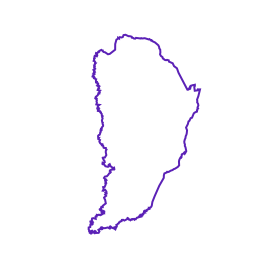 Lue Amnat, Amnat Charoen, Thailand (Albers equal-area conic projection), rotated 63°
{"feature_id": "78962969B36104557802135", "entity_name": "Lue Amnat", "entity_type": "district", "adm_level": 2, "iso_a3": "THA", "parent_name": "Thailand", "parent_adm1": "Amnat Charoen", "projection": "albers", "projection_center": [104.71, 15.697], "detail": "fine", "context": "isolated", "style": "outline", "palette": "violet", "viewbox_px": 256, "rotation_deg": 63, "n_neighbors": 0, "source": "geoboundaries", "source_scale": "gbopen_adm2", "svg_char_len": 5886}
<svg xmlns="http://www.w3.org/2000/svg" viewBox="0 0 256 256"><g transform="rotate(63 128 128)"><path d="M66.0,136.2L66.8,135.3L67.1,135.7L68.0,135.8L68.2,134.9L69.3,135.0L70.1,134.3L70.4,134.7L72.6,135.7L72.9,134.9L73.5,135.4L74.5,134.5L75.1,134.5L75.4,135.3L76.1,135.5L76.3,136.2L76.9,135.8L77.0,136.4L77.3,135.5L77.1,134.8L77.8,134.5L78.3,135.7L79.4,135.7L79.5,136.5L80.6,136.9L80.1,137.5L80.4,137.8L82.0,135.9L82.5,137.0L83.5,137.1L83.5,138.2L84.3,138.1L84.2,139.3L85.1,140.1L85.6,142.6L86.7,143.7L87.2,143.5L87.2,142.7L87.6,142.5L88.1,143.1L89.1,143.1L89.8,143.9L91.3,144.2L92.6,145.5L94.4,143.0L94.7,144.9L96.1,145.7L96.4,145.1L97.0,145.0L96.6,146.5L97.1,146.6L98.3,145.9L98.5,146.7L99.1,147.1L100.4,145.3L101.0,145.6L101.6,145.5L101.9,145.0L102.7,145.3L103.5,145.0L104.9,145.6L105.9,145.2L106.3,146.1L107.8,146.2L109.4,147.8L111.1,148.3L111.8,148.0L112.7,148.8L114.0,148.8L114.9,149.3L115.6,151.0L116.7,151.7L116.5,152.2L117.4,152.4L117.0,153.0L117.5,153.5L118.3,153.4L118.5,154.0L119.3,154.3L119.5,154.9L120.4,155.4L121.2,156.5L121.0,157.3L121.5,158.3L123.4,159.1L123.7,158.4L124.4,159.4L126.0,158.4L127.1,159.7L128.8,159.7L130.2,159.2L130.9,158.1L131.3,158.2L131.8,159.0L132.7,158.2L134.4,158.7L134.9,158.4L135.7,156.9L136.2,157.2L137.5,156.9L138.0,157.9L139.4,158.8L142.3,159.6L143.8,162.1L143.0,163.7L143.1,164.1L145.6,164.2L146.4,163.9L147.9,164.2L148.1,165.5L147.3,166.3L148.4,167.1L149.1,166.7L149.3,165.8L151.8,165.5L153.5,163.5L153.5,162.8L152.0,161.9L151.9,160.7L154.2,160.9L155.6,160.1L156.8,160.0L157.0,158.4L158.6,158.9L158.7,159.4L157.5,160.3L157.9,161.1L157.6,161.8L157.6,163.4L158.1,163.8L158.8,163.4L159.5,163.4L159.9,164.3L159.9,165.5L160.6,166.5L161.4,168.7L160.8,170.7L161.6,172.1L163.2,171.6L163.5,171.1L164.5,170.9L164.3,172.2L164.8,172.4L165.5,172.0L167.1,172.4L166.9,173.3L168.2,173.5L169.9,175.6L169.4,177.0L171.4,177.4L172.4,178.9L172.8,178.3L172.3,177.1L172.6,176.4L174.8,176.1L176.4,176.7L175.8,177.5L176.7,177.5L176.9,178.6L178.5,178.3L179.1,180.9L180.3,181.1L181.3,180.9L185.1,182.0L185.8,185.8L187.0,186.4L186.2,187.6L186.6,188.1L188.1,188.6L187.5,189.6L187.6,190.1L188.5,190.1L189.5,189.2L190.4,188.9L190.8,189.8L191.5,189.8L191.6,189.1L190.6,187.7L191.5,187.0L192.1,187.2L192.3,188.0L193.2,188.1L192.7,189.4L193.2,189.9L193.0,190.5L193.2,191.3L192.7,191.9L193.0,192.4L192.0,193.4L192.0,194.2L191.2,195.2L192.5,196.0L192.0,196.7L192.1,197.1L194.3,198.0L192.6,199.8L192.3,201.1L193.8,202.2L195.3,202.1L194.2,203.9L194.4,204.1L195.7,204.1L196.7,202.7L197.5,203.0L197.8,203.7L197.0,205.4L199.1,206.6L198.8,208.2L200.5,209.1L201.6,209.0L202.2,209.5L203.2,209.2L203.9,209.7L205.3,208.9L205.3,208.1L204.8,207.3L203.1,207.7L203.2,206.6L205.6,206.1L206.5,205.5L206.2,205.1L205.6,205.5L205.1,205.3L204.8,205.0L204.7,204.2L205.6,203.7L207.0,204.1L208.1,201.8L207.2,200.4L205.3,200.6L205.2,198.9L206.3,197.5L206.4,196.8L205.7,196.4L204.5,197.3L204.3,196.9L204.8,196.1L205.8,195.7L206.8,194.0L207.4,191.3L209.4,189.8L209.1,188.8L208.3,189.5L207.6,189.0L207.6,188.4L209.8,187.4L211.4,185.9L212.6,185.3L211.7,184.3L210.6,185.4L210.3,185.3L210.8,182.9L210.4,182.5L209.1,182.4L209.1,181.2L208.7,180.6L208.8,179.6L208.0,178.9L208.1,178.0L207.7,177.2L208.1,176.0L207.1,175.2L207.6,174.0L208.8,173.3L208.8,170.3L208.0,169.3L208.6,168.8L209.9,168.8L210.0,168.4L211.3,167.8L211.0,166.9L211.4,166.4L210.9,166.1L211.4,164.6L212.6,163.9L212.1,163.3L212.8,162.5L212.0,160.9L212.3,160.0L211.9,158.7L212.4,158.8L212.7,157.5L212.2,157.8L212.0,157.1L211.6,157.0L212.0,156.3L211.1,156.6L210.9,156.3L211.1,155.9L211.4,156.0L211.2,155.4L212.2,154.7L211.9,153.6L211.1,153.4L211.2,152.8L210.8,152.3L211.0,151.7L210.2,152.0L209.4,151.5L209.3,150.3L210.1,150.2L210.5,149.2L209.5,148.2L209.8,145.9L209.2,146.0L209.2,145.1L208.7,145.2L209.1,144.2L208.7,143.0L208.0,142.1L204.9,139.8L200.7,135.0L193.6,126.3L188.7,118.8L186.4,117.5L185.0,116.2L185.2,113.5L184.8,113.1L185.6,111.7L185.4,109.4L185.7,107.4L185.4,106.0L185.6,104.6L185.3,101.3L184.5,99.4L180.8,97.7L179.5,96.6L178.3,94.9L178.7,94.3L178.4,93.7L177.7,93.7L177.2,92.7L176.2,92.3L175.8,91.5L176.0,90.4L175.6,89.5L176.5,89.3L175.6,88.4L176.2,88.2L175.1,86.6L171.2,85.5L169.8,85.5L168.4,84.7L167.1,84.6L165.6,84.0L163.9,82.5L163.3,81.6L161.5,80.3L160.5,79.0L159.3,78.0L156.8,76.4L154.0,76.1L151.7,72.9L149.6,71.1L149.5,70.1L147.7,67.7L147.9,66.3L144.8,62.7L144.5,60.9L144.7,59.1L143.4,58.5L143.3,57.9L142.5,57.5L142.4,56.7L141.2,56.7L139.9,55.1L138.3,54.6L136.4,54.7L135.5,54.0L134.1,53.6L131.6,50.9L126.3,46.3L125.3,48.2L126.1,48.7L125.1,51.6L121.7,50.4L120.9,49.3L119.8,48.8L119.7,49.3L120.1,49.3L120.1,49.9L119.3,50.5L118.9,52.8L119.3,53.1L119.1,53.7L119.7,54.4L120.3,54.0L121.3,54.8L121.2,55.6L120.7,55.8L121.0,56.2L120.5,57.1L121.0,57.4L120.8,57.7L101.7,57.9L97.0,57.3L93.8,58.9L90.6,58.8L87.4,61.4L86.2,61.0L85.0,62.3L84.9,63.3L83.8,64.5L82.4,64.9L81.9,65.4L80.5,65.1L78.6,66.0L76.9,66.0L75.3,64.8L72.7,63.7L71.4,64.0L70.0,63.5L68.1,63.4L64.0,65.1L61.7,66.9L61.2,66.8L60.7,67.6L60.1,67.4L59.7,68.0L58.5,68.6L58.6,69.2L55.6,72.3L54.6,74.9L53.9,75.5L54.0,76.1L51.3,80.0L51.7,80.8L51.1,82.0L50.1,82.5L49.3,83.5L48.8,83.2L48.3,83.3L47.1,84.6L46.4,85.9L43.8,87.9L43.2,89.8L44.6,91.4L44.4,92.7L43.3,94.1L43.4,94.9L44.2,95.3L43.2,95.9L43.9,96.2L44.0,98.2L47.4,101.3L52.4,103.9L53.7,110.6L53.2,112.4L50.2,114.0L49.2,115.2L48.2,115.6L47.5,115.3L46.9,116.1L46.3,116.3L46.3,118.5L46.8,118.9L46.6,119.4L47.1,119.7L46.8,120.5L47.6,121.5L46.7,122.4L47.2,122.8L47.6,122.6L48.2,122.9L48.8,122.3L49.2,122.3L50.0,123.2L48.6,124.9L49.3,125.6L50.7,126.0L50.6,126.7L51.7,127.1L52.6,128.1L53.3,127.4L54.4,127.3L55.1,127.9L55.6,127.4L56.0,128.4L56.9,129.1L56.8,129.7L58.0,129.7L58.0,130.3L58.7,130.7L59.7,130.9L59.9,130.3L60.3,130.3L60.5,131.3L60.8,131.4L60.7,132.4L62.5,132.0L62.8,132.5L62.6,132.9L63.4,133.6L63.7,133.2L64.0,134.3L64.8,133.7L65.0,134.6L66.0,135.1L65.7,135.9L66.0,136.2Z" fill="none" stroke="#5b21b6" stroke-width="2"/></g></svg>